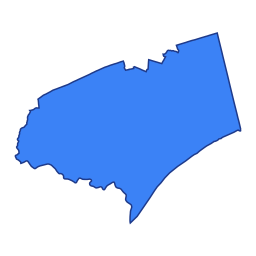 Dong Hai, Bạc Liêu, Vietnam (Natural Earth projection)
{"feature_id": "81297802B21221579574343", "entity_name": "Dong Hai", "entity_type": "district", "adm_level": 2, "iso_a3": "VNM", "parent_name": "Vietnam", "parent_adm1": "Bạc Liêu", "projection": "natural_earth1", "projection_center": [105.374, 9.137], "detail": "fine", "context": "isolated", "style": "filled", "palette": "blue", "viewbox_px": 256, "rotation_deg": 0, "n_neighbors": 0, "source": "geoboundaries", "source_scale": "gbopen_adm2", "svg_char_len": 5674}
<svg xmlns="http://www.w3.org/2000/svg" viewBox="0 0 256 256"><path d="M20.9,163.4L23.8,162.3L26.1,161.0L26.6,160.9L26.8,160.9L27.3,161.0L27.5,161.1L27.7,161.3L28.0,161.5L29.0,163.0L29.9,164.3L30.7,165.4L31.4,166.4L33.2,167.7L34.0,168.3L34.4,168.5L34.9,168.6L35.3,168.5L35.6,168.4L36.1,168.0L36.9,167.4L38.0,166.7L38.7,166.4L40.0,165.9L47.1,164.1L47.9,164.0L48.1,164.0L48.9,164.1L49.5,164.3L51.2,165.0L52.0,165.7L54.0,167.6L55.1,168.6L55.8,169.5L56.3,170.4L57.0,171.4L58.4,173.0L58.8,173.4L59.1,173.6L59.5,173.7L60.5,173.6L60.9,173.6L61.5,173.8L62.1,174.1L62.9,174.8L63.1,175.1L63.3,175.4L63.5,175.9L63.6,176.5L63.6,177.4L63.7,178.0L64.0,178.4L64.2,178.6L64.4,178.7L64.9,178.9L65.2,178.9L67.7,179.0L69.1,179.4L69.8,179.7L72.0,180.7L74.1,182.0L75.0,182.7L75.1,182.8L75.7,182.8L76.1,182.7L76.4,182.4L76.7,182.0L77.2,180.8L77.7,180.1L78.7,178.7L78.9,178.4L79.1,178.3L79.4,178.2L79.9,178.1L80.6,178.3L82.5,179.2L83.0,179.3L85.4,179.4L87.3,179.4L89.4,179.1L89.7,179.1L90.3,179.3L90.8,179.5L91.2,179.8L91.4,180.3L91.5,180.7L91.5,180.9L91.4,181.1L91.2,181.4L90.4,182.1L90.1,182.4L89.7,183.0L89.7,183.3L89.6,183.7L89.8,184.4L89.8,184.7L90.0,184.9L90.4,185.4L90.7,185.6L91.3,185.9L93.1,186.3L93.6,186.5L94.3,186.9L95.2,187.5L95.7,187.8L96.0,187.8L96.7,187.9L97.0,187.8L98.4,187.5L99.4,187.1L100.2,186.8L100.7,186.8L101.0,186.9L101.4,187.0L101.8,187.3L102.1,187.7L102.5,188.6L102.8,189.1L103.2,189.5L103.7,189.7L104.2,189.7L104.4,189.6L104.7,189.3L105.1,188.7L105.4,188.1L106.6,186.3L107.1,185.8L107.9,185.2L108.6,184.7L110.0,184.0L112.3,182.5L112.8,182.3L113.5,182.1L114.1,182.2L114.3,182.4L114.4,182.6L114.6,183.2L115.0,184.8L115.3,185.7L115.8,186.8L116.3,187.3L116.9,187.7L117.4,187.9L118.0,188.1L119.4,188.3L119.9,188.5L120.7,188.9L121.0,189.2L121.4,189.6L123.1,191.8L124.3,193.0L125.7,194.2L125.8,194.4L126.1,194.9L126.1,195.1L126.2,195.7L126.2,196.1L126.1,196.5L125.8,198.1L125.6,199.2L125.7,199.7L125.9,200.4L126.3,201.0L127.1,202.0L127.5,202.3L130.5,204.3L131.0,204.7L131.2,205.0L131.4,205.2L131.5,205.8L131.7,206.4L131.7,207.3L131.5,208.1L130.7,210.4L130.6,210.8L130.4,212.2L130.4,213.0L130.1,216.3L130.0,220.2L130.1,222.2L130.3,223.0L137.2,216.3L144.7,205.4L149.9,197.8L154.7,190.4L157.3,186.7L160.9,182.9L164.8,177.9L169.6,172.9L177.8,166.3L185.6,161.0L191.6,156.4L194.2,154.6L197.0,153.3L199.6,151.0L204.4,147.5L206.7,145.9L211.1,143.5L213.9,141.6L214.0,141.4L214.6,141.4L215.1,141.3L216.7,140.7L217.4,140.3L218.4,139.6L218.7,139.1L219.0,138.9L219.8,138.7L220.7,138.6L221.1,138.5L221.4,138.0L222.1,137.6L222.6,137.4L222.9,137.1L223.5,136.8L224.3,136.5L234.0,132.2L237.2,130.4L238.2,130.1L238.8,130.5L240.0,131.0L240.3,131.0L240.6,130.8L240.6,130.5L240.5,129.3L240.6,128.9L239.6,124.6L238.8,121.2L238.0,118.3L236.8,113.3L233.7,101.0L229.7,84.5L228.0,77.3L222.7,55.7L222.0,52.7L218.6,38.9L217.2,33.0L209.5,35.3L207.1,36.1L205.9,36.4L204.3,36.9L201.2,37.8L198.0,38.8L194.8,39.8L191.9,40.5L187.4,41.9L186.0,42.4L181.3,43.8L178.0,44.8L177.3,45.0L176.4,45.3L177.1,47.3L177.4,48.4L177.7,49.1L178.0,49.5L178.5,50.1L178.6,50.3L178.7,50.5L178.7,50.8L178.3,52.1L178.2,52.6L177.7,52.6L176.9,51.9L175.9,51.4L174.6,51.3L174.3,51.2L173.8,50.9L173.3,50.7L172.6,50.7L171.9,50.9L171.7,50.9L171.2,50.7L170.9,50.5L170.5,50.4L169.7,50.5L169.4,50.5L168.7,50.3L168.4,50.3L168.0,50.4L167.6,50.6L167.4,50.8L166.8,51.8L166.1,52.9L165.9,53.1L165.4,53.5L164.9,53.9L164.5,54.1L164.1,54.2L163.7,54.3L163.4,54.3L163.2,54.2L163.2,54.3L163.2,54.7L163.5,55.7L163.7,56.1L163.8,56.3L164.0,56.4L164.5,56.5L165.1,56.8L165.5,56.9L164.5,58.6L164.0,59.7L163.2,61.0L162.6,62.0L162.2,62.8L161.8,63.6L160.4,63.2L157.8,62.4L151.7,60.6L150.2,60.1L148.7,59.7L148.5,62.1L148.1,69.1L147.4,69.3L147.2,69.4L146.9,69.7L146.4,71.0L146.3,71.3L146.1,71.7L144.5,71.0L141.9,69.9L139.6,68.8L135.1,67.0L134.7,66.7L133.5,67.2L133.7,68.5L130.8,69.1L129.2,69.3L129.2,69.5L126.6,70.0L125.6,70.2L124.3,67.9L124.3,67.6L124.7,66.5L124.7,66.2L124.7,65.9L123.9,62.5L123.8,62.3L123.6,61.9L123.5,61.7L123.3,61.1L120.5,61.9L118.4,62.7L116.4,63.4L114.2,64.0L111.8,64.8L110.5,65.2L107.4,66.4L105.5,67.0L104.9,67.2L100.9,69.0L97.6,70.5L96.5,70.9L93.7,72.3L91.5,73.3L89.7,74.3L87.1,75.5L78.1,79.6L76.5,80.4L74.4,81.3L73.1,81.9L69.1,84.0L67.9,84.6L66.5,85.1L59.6,87.7L56.3,89.0L55.1,89.4L52.7,90.3L51.9,90.8L50.2,91.8L46.6,93.7L45.7,94.2L44.9,94.5L43.4,95.2L38.0,99.2L38.3,100.3L38.5,102.5L38.6,104.2L38.9,105.8L39.0,108.0L37.3,108.0L36.8,107.9L36.2,107.9L35.9,108.0L35.6,108.1L35.2,108.3L34.5,108.8L33.8,109.4L33.4,109.6L32.0,110.1L31.7,110.1L31.3,110.3L30.8,110.4L29.8,110.5L30.3,111.2L30.4,111.6L30.3,111.9L30.2,112.2L29.9,112.7L29.5,113.4L29.2,114.0L28.9,114.4L28.6,114.7L28.4,114.9L28.1,115.7L27.7,116.5L27.6,116.8L27.5,117.6L27.6,118.9L27.6,119.5L27.6,120.0L27.2,120.9L27.2,121.5L26.8,122.6L26.8,123.0L26.8,123.9L26.8,124.2L26.7,124.4L25.8,125.1L24.8,126.3L24.6,126.7L24.5,126.9L23.3,127.5L22.1,127.9L21.7,128.1L20.8,128.8L20.4,129.3L20.4,129.5L20.4,130.3L20.3,130.6L19.7,132.0L19.5,132.5L19.5,133.0L19.6,133.3L19.6,133.6L19.5,134.1L19.3,134.8L18.9,135.5L18.9,136.4L18.7,137.2L18.6,137.5L18.4,137.8L17.9,138.3L17.6,138.7L17.5,139.1L17.5,139.4L17.5,139.6L17.8,140.2L18.5,140.7L18.5,140.9L18.6,141.1L18.6,141.3L18.6,141.6L18.4,142.0L18.0,142.8L17.7,143.4L17.6,143.7L17.6,145.3L17.5,145.7L17.3,146.0L16.7,146.8L16.6,147.0L16.7,147.5L16.8,147.8L17.2,148.4L18.1,149.5L18.5,150.1L18.8,150.8L18.9,151.3L19.0,153.2L18.9,153.4L18.3,153.7L18.1,153.8L17.9,154.0L17.6,154.5L17.1,154.8L15.8,155.3L15.6,155.5L15.4,155.7L15.4,155.9L15.4,156.2L15.4,156.4L15.5,156.8L16.0,157.7L16.3,158.6L16.5,159.0L17.0,159.3L17.9,159.7L18.9,160.4L20.4,161.7L20.6,161.9L20.6,162.1L20.7,162.6L20.7,163.0L20.9,163.4Z" fill="#3b82f6" stroke="#1e3a8a" stroke-width="1.5"/></svg>